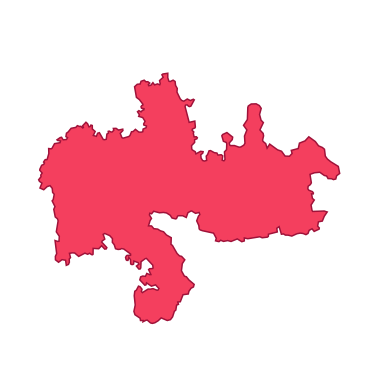 the Region of Chelyabinsk, rotated 259°
{"feature_id": "RUS-2379", "entity_name": "Chelyabinsk", "entity_type": "Region", "adm_level": 1, "iso_a3": "RUS", "parent_name": "Russia", "parent_adm1": "", "projection": "orthographic", "projection_center": [60.252, 54.184], "detail": "fine", "context": "isolated", "style": "filled", "palette": "rose", "viewbox_px": 384, "rotation_deg": 259, "n_neighbors": 0, "source": "natural_earth", "source_scale": "10m", "svg_char_len": 6051}
<svg xmlns="http://www.w3.org/2000/svg" viewBox="0 0 384 384"><g transform="rotate(259 192 192)"><path d="M313.2,190.9L308.7,190.0L305.1,190.5L304.6,191.6L305.4,194.8L303.7,196.5L299.8,196.2L296.5,197.3L292.9,196.3L285.7,198.2L283.8,199.4L282.7,201.3L284.2,205.1L282.1,207.8L282.8,211.0L282.0,211.8L276.5,207.3L276.3,205.9L276.8,205.0L278.5,203.8L278.5,202.2L277.2,201.5L260.9,202.5L261.1,208.3L255.2,207.7L254.4,207.2L253.7,204.4L252.5,203.9L250.6,205.2L249.5,204.5L245.7,204.6L245.4,206.8L244.2,207.6L243.2,206.8L243.0,204.6L240.1,204.0L237.6,200.4L234.4,200.0L233.4,200.2L230.9,202.9L228.7,203.1L230.3,208.2L229.5,210.6L228.1,210.0L226.8,207.7L223.6,207.4L220.9,208.4L220.0,210.1L220.2,212.4L224.5,212.8L225.7,214.4L229.2,216.6L229.1,218.1L226.3,221.5L225.5,223.9L223.3,224.5L223.0,227.8L221.6,229.1L217.4,227.7L216.5,229.3L217.6,230.6L225.2,231.5L227.0,234.0L232.6,235.3L234.1,235.1L235.8,232.5L241.5,232.0L242.6,233.1L243.7,237.6L238.1,242.4L235.7,241.5L233.0,237.9L230.9,238.0L230.2,238.7L229.5,242.5L227.0,246.8L226.9,248.5L228.1,251.8L229.8,253.3L236.9,254.2L242.4,257.7L247.6,255.3L252.6,260.2L264.3,262.9L265.7,263.7L267.1,266.9L266.3,271.8L264.0,274.6L260.9,275.9L255.2,273.1L249.3,273.5L246.5,275.3L240.0,270.5L236.0,273.0L233.5,273.0L229.5,271.2L228.1,271.4L225.4,273.6L220.7,274.1L224.2,277.4L217.1,284.0L214.9,287.7L209.5,290.2L208.5,294.5L210.7,297.6L213.9,297.4L214.4,304.6L219.5,306.8L220.6,312.7L223.9,317.2L218.0,322.7L213.2,325.0L210.8,328.5L208.7,330.2L201.8,329.7L198.5,331.2L195.2,334.0L189.2,340.5L182.0,340.5L180.4,337.1L177.3,335.6L177.2,333.2L178.4,331.5L179.2,328.1L182.0,327.2L183.0,325.0L187.0,321.2L187.5,315.9L186.8,311.2L178.2,310.9L176.7,309.6L175.5,307.1L173.0,306.3L171.4,307.1L169.4,310.3L167.8,311.0L167.0,310.6L167.4,309.0L162.7,309.0L160.8,310.5L156.5,306.4L150.9,306.3L149.9,306.8L148.1,318.2L146.6,320.9L142.9,317.2L138.6,314.4L138.6,310.4L134.5,308.8L132.4,310.1L131.3,309.7L130.0,304.4L133.0,302.8L132.0,299.7L129.2,298.0L128.4,295.7L130.1,293.1L131.0,290.3L131.0,287.0L129.7,281.6L131.3,278.1L131.9,275.4L133.4,273.8L133.5,271.7L141.4,270.9L140.2,268.3L136.5,268.1L136.0,259.0L133.9,258.5L133.3,257.4L133.7,252.1L135.1,250.1L135.5,237.8L136.9,234.6L134.0,234.0L133.7,231.4L137.3,227.5L136.0,220.9L137.5,217.8L137.5,213.5L139.2,210.9L138.2,209.3L138.3,208.5L139.6,205.8L141.9,207.0L147.5,205.3L152.0,194.9L153.2,192.8L154.4,192.0L157.8,192.3L162.8,191.1L167.2,193.8L168.3,195.4L170.5,195.1L170.4,191.4L173.4,188.1L173.5,187.3L172.5,184.1L168.1,181.5L170.5,178.3L171.3,174.2L171.1,173.3L168.9,171.7L168.7,170.8L170.3,167.4L173.3,166.2L176.3,163.0L177.4,160.0L177.8,156.1L180.4,150.7L178.3,148.2L179.2,146.5L177.6,145.8L173.8,147.2L171.9,145.4L167.1,142.8L166.4,145.8L163.3,147.5L162.1,151.3L160.0,153.5L158.4,156.5L154.7,158.7L151.1,162.9L144.6,161.4L143.3,162.6L134.5,165.6L131.7,167.5L130.8,169.5L126.8,172.0L123.5,168.8L116.7,166.6L110.8,168.5L109.9,170.3L106.4,172.1L100.9,176.5L98.5,175.3L97.7,172.7L95.1,170.0L92.6,168.9L92.9,163.6L86.5,159.6L86.7,157.0L84.3,157.3L83.9,155.3L79.2,153.6L78.2,151.9L73.1,149.1L70.8,146.5L70.6,143.2L74.3,137.7L72.1,134.3L70.7,130.6L70.6,128.0L71.4,126.3L74.7,123.7L74.9,122.5L74.0,119.2L75.1,119.7L75.7,116.9L78.0,117.0L82.4,112.6L85.9,112.2L91.9,114.7L101.2,115.5L105.5,116.9L106.3,118.7L109.8,121.5L109.0,122.9L106.1,124.4L104.0,123.3L102.7,124.1L105.1,130.4L104.6,132.4L104.6,135.3L102.2,139.0L102.3,140.0L103.6,141.1L107.8,138.5L107.3,134.2L111.5,130.0L109.6,129.1L109.5,127.9L115.7,124.0L118.5,125.4L118.9,127.6L118.1,130.2L120.7,132.1L118.9,134.8L118.8,135.9L124.1,134.6L124.8,135.7L124.4,138.9L125.1,139.3L127.7,139.5L135.5,134.6L135.5,133.4L133.3,128.7L127.2,127.2L126.3,126.3L126.5,125.1L129.9,123.3L131.3,126.1L132.9,125.7L135.3,121.8L132.4,120.9L132.1,120.0L132.4,118.8L133.1,118.1L137.3,118.7L139.9,117.5L137.1,116.1L137.3,115.0L138.1,114.4L140.5,114.3L141.8,115.4L142.2,116.2L141.6,119.6L142.8,119.9L149.1,114.1L149.9,111.9L149.5,110.7L149.7,108.5L150.9,106.1L155.1,105.6L157.8,104.2L161.4,105.0L164.9,102.9L167.9,98.5L167.4,96.7L162.4,97.4L161.1,94.6L160.1,93.8L153.7,97.8L152.5,97.0L152.6,95.4L156.5,93.0L154.1,89.6L155.5,84.2L149.8,83.0L149.4,82.4L149.7,81.4L151.4,79.9L150.8,77.7L152.4,75.2L150.4,68.5L154.5,65.2L155.1,62.9L155.2,60.0L150.8,60.2L149.6,58.7L146.4,58.2L144.5,56.9L144.0,54.6L149.1,54.9L150.4,51.5L148.5,47.6L151.5,45.0L154.9,45.6L157.3,47.4L170.5,48.3L169.2,50.5L169.0,52.0L173.8,53.3L178.8,51.2L189.3,55.1L191.4,54.8L193.6,53.0L201.4,53.0L203.8,54.7L210.0,53.0L211.0,54.3L216.0,56.3L218.2,55.1L222.2,55.5L225.3,53.9L225.0,51.0L222.5,46.9L224.9,43.5L229.4,46.4L231.5,44.3L233.3,43.8L235.8,46.7L237.5,46.8L239.2,48.5L242.4,46.7L243.4,47.0L246.9,49.5L247.4,51.7L248.7,52.7L249.7,52.0L251.5,53.7L251.8,54.4L251.4,55.6L252.0,56.2L257.1,58.8L262.0,59.6L261.3,61.9L261.5,62.8L265.7,66.3L265.6,71.9L267.2,72.7L268.3,69.8L269.0,69.4L270.6,73.0L270.6,74.4L267.8,75.5L267.5,78.8L269.1,80.2L270.4,78.8L273.7,80.0L274.5,81.8L277.6,85.5L277.6,90.3L279.0,92.1L277.8,94.1L277.7,95.4L275.7,97.0L276.1,97.7L277.9,97.3L280.7,101.2L279.0,102.5L275.6,103.3L275.7,104.5L277.0,105.6L276.3,106.8L272.9,106.2L269.9,108.5L266.3,105.9L264.9,108.7L267.7,110.6L267.9,112.4L260.5,114.9L260.0,116.1L260.1,117.9L265.1,119.5L265.7,121.2L267.5,121.3L267.6,122.3L266.3,124.0L266.2,125.1L267.5,127.0L269.4,126.9L269.0,129.6L266.8,131.7L266.9,136.0L265.5,135.9L263.3,132.7L258.7,133.6L258.0,134.6L258.5,140.5L259.3,141.9L262.7,144.1L262.6,145.8L264.3,148.4L261.0,151.2L260.4,153.5L260.6,155.2L263.1,156.0L263.9,159.3L265.5,159.9L266.9,157.5L268.0,157.5L270.4,159.4L274.5,157.8L276.4,154.1L277.8,155.1L281.2,153.8L282.0,155.4L280.4,157.3L281.6,158.9L281.9,160.5L282.9,160.8L283.9,158.4L285.4,158.2L286.3,159.0L286.8,160.4L287.6,160.5L292.7,158.0L295.5,155.5L306.3,155.7L308.2,158.8L307.9,161.7L310.4,163.1L310.9,166.4L309.0,167.8L308.7,169.7L307.0,171.3L305.7,169.6L304.6,169.8L304.6,171.9L306.8,174.5L304.3,175.7L304.7,178.8L303.4,180.8L304.4,181.5L307.6,181.4L310.1,185.6L312.8,184.8L313.4,185.9L313.2,190.9Z" fill="#f43f5e" stroke="#9f1239" stroke-width="1.5"/></g></svg>